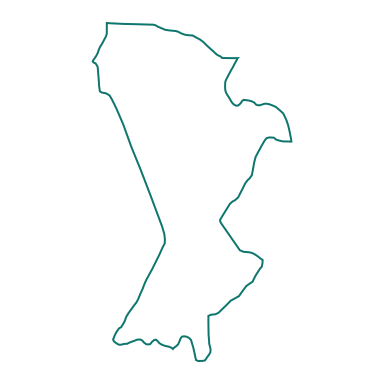 Sèbè-Brikolo, Haut-Ogooué, Gabon (Equal Earth projection)
{"feature_id": "22940354B60180935649619", "entity_name": "Sèbè-Brikolo", "entity_type": "district", "adm_level": 2, "iso_a3": "GAB", "parent_name": "Gabon", "parent_adm1": "Haut-Ogooué", "projection": "equal_earth", "projection_center": [13.691, -0.557], "detail": "fine", "context": "isolated", "style": "outline", "palette": "teal", "viewbox_px": 384, "rotation_deg": 0, "n_neighbors": 0, "source": "geoboundaries", "source_scale": "gbopen_adm2", "svg_char_len": 2969}
<svg xmlns="http://www.w3.org/2000/svg" viewBox="0 0 384 384"><path d="M106.8,23.0L106.8,28.9L106.8,33.7L105.9,36.5L104.2,39.7L102.1,43.7L99.9,47.1L98.6,50.3L97.7,53.1L95.8,56.6L93.8,59.4L92.7,61.2L93.5,62.5L95.3,63.2L96.2,64.3L97.7,67.0L98.1,72.3L98.6,77.9L99.1,85.9L99.9,91.4L101.5,92.4L103.5,92.9L105.4,93.1L107.4,94.1L109.4,95.3L111.0,97.8L112.5,100.6L116.2,108.1L123.1,124.1L131.5,147.3L140.8,170.1L151.1,197.0L162.1,226.5L164.3,233.9L164.9,239.4L164.7,243.5L162.7,247.2L159.3,254.8L152.3,268.9L146.7,279.1L144.7,283.4L142.6,288.9L140.1,294.4L138.2,299.1L136.5,302.3L134.3,305.1L128.5,313.1L126.2,316.9L125.0,320.4L123.4,323.6L121.1,327.2L119.0,328.4L116.4,332.1L114.7,335.5L113.3,339.1L113.1,339.3L113.8,341.2L115.1,342.3L116.6,343.4L118.1,344.3L119.6,344.8L121.5,344.6L123.2,344.1L125.6,343.8L127.1,343.8L129.2,342.7L131.5,341.8L134.6,340.7L137.7,339.5L140.4,339.5L142.5,340.7L143.9,342.5L146.4,344.3L148.2,344.4L150.2,344.1L151.1,343.0L152.1,341.7L154.3,340.0L156.0,339.7L157.6,341.1L159.2,343.0L160.8,344.1L162.9,345.1L165.1,345.9L169.0,346.7L171.5,347.8L172.9,349.0L173.9,347.8L175.8,346.5L178.2,344.3L179.4,341.4L180.8,338.0L182.1,336.6L184.2,336.3L186.9,336.8L189.4,338.2L191.1,340.1L191.9,343.0L193.1,346.9L194.2,351.6L194.9,354.8L195.3,357.1L196.1,360.1L198.2,361.0L202.8,360.9L205.0,360.4L207.2,357.1L209.1,354.6L210.3,352.4L210.6,349.7L210.1,347.1L209.2,343.7L209.1,340.9L208.6,335.1L208.5,329.5L208.4,323.8L208.4,315.9L211.0,314.7L215.4,314.3L218.5,312.8L222.8,308.6L226.2,305.3L230.8,300.6L233.8,299.0L239.0,296.1L241.5,292.5L246.3,286.0L250.4,283.1L252.5,281.8L253.6,279.5L255.5,275.7L260.1,268.5L261.7,266.9L262.5,263.2L262.6,259.9L260.4,258.5L257.9,256.4L254.6,254.2L251.6,252.8L248.6,252.2L243.5,251.8L239.9,250.3L222.4,225.1L220.4,222.1L220.0,220.1L222.0,216.6L230.0,203.7L232.7,201.4L234.9,200.3L238.1,197.5L245.3,183.3L247.4,180.4L249.5,178.5L251.9,175.1L253.3,167.4L254.2,162.4L255.6,157.0L257.8,152.8L261.4,146.1L264.5,140.8L266.5,138.2L269.3,137.4L273.9,137.7L276.1,139.6L279.7,140.7L283.0,141.4L291.3,141.6L291.1,139.1L290.5,136.2L289.6,131.5L289.0,128.8L288.1,125.1L286.5,120.4L284.6,116.2L283.1,113.3L279.6,110.1L275.9,107.0L272.2,105.3L269.1,104.2L266.5,103.7L264.3,103.8L262.2,104.5L259.7,105.3L257.7,105.2L256.2,104.7L255.1,103.5L254.0,102.4L251.7,101.3L249.5,100.7L246.6,100.2L243.5,99.9L241.8,101.3L241.2,102.6L239.6,104.3L238.0,105.5L236.1,105.7L234.3,104.8L232.7,103.4L231.4,101.7L229.3,98.0L227.5,95.2L226.1,92.7L225.4,90.7L225.1,88.2L225.1,84.8L225.3,81.8L226.2,79.5L227.7,76.6L229.2,73.8L231.2,70.0L232.9,67.2L234.7,63.6L236.7,60.1L237.5,58.3L237.7,58.1L229.2,58.1L222.2,58.0L220.8,56.6L217.6,55.1L215.9,53.8L213.6,51.6L210.5,48.8L208.0,46.6L203.2,41.9L199.8,39.4L196.3,37.6L194.7,36.6L192.6,35.5L189.4,35.3L187.2,35.1L184.5,34.6L181.0,33.3L178.7,32.0L176.2,31.1L169.3,30.4L165.2,29.8L162.2,28.5L157.9,26.7L155.6,25.3L153.2,24.7L136.2,24.2L123.0,23.9L109.1,23.2L106.8,23.0Z" fill="none" stroke="#0f766e" stroke-width="2"/></svg>